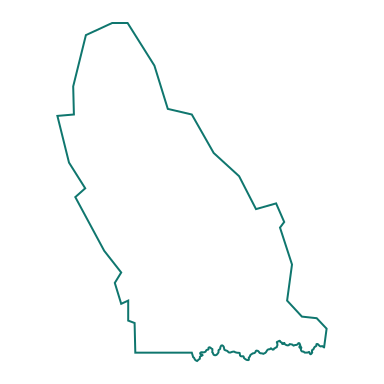 Luakpiny/Nasir, Upper Nile, South Sudan (Robinson projection)
{"feature_id": "79223893B70748738440916", "entity_name": "Luakpiny/Nasir", "entity_type": "district", "adm_level": 2, "iso_a3": "SSD", "parent_name": "South Sudan", "parent_adm1": "Upper Nile", "projection": "robinson", "projection_center": [33.401, 8.901], "detail": "fine", "context": "isolated", "style": "outline", "palette": "teal", "viewbox_px": 384, "rotation_deg": 0, "n_neighbors": 0, "source": "geoboundaries", "source_scale": "gbopen_adm2", "svg_char_len": 3427}
<svg xmlns="http://www.w3.org/2000/svg" viewBox="0 0 384 384"><path d="M193.2,357.2L194.0,357.7L194.3,358.4L194.8,359.3L195.4,360.1L196.4,360.7L197.1,361.0L197.8,360.4L198.7,359.5L199.4,359.1L199.8,358.8L199.9,357.9L199.9,356.9L200.5,356.2L201.2,356.0L202.0,355.6L202.5,355.2L202.3,354.7L201.9,354.5L201.1,354.5L200.6,354.2L200.2,353.7L200.3,352.9L200.9,352.4L201.8,352.2L202.7,352.3L204.0,352.3L205.1,351.9L205.6,351.6L206.2,350.4L206.8,349.9L207.5,349.7L208.0,349.7L208.5,349.1L208.5,348.6L208.6,347.7L209.3,347.3L210.2,347.5L210.8,348.0L211.5,348.6L212.3,349.0L212.4,349.7L212.4,350.6L212.3,351.5L212.3,352.3L212.8,352.8L213.1,353.6L213.5,354.5L214.1,355.0L214.8,355.2L215.7,355.2L216.6,354.8L217.2,354.1L217.8,353.5L218.5,352.3L218.5,351.5L218.5,350.4L218.9,349.8L219.8,349.3L220.2,348.7L220.3,347.4L220.9,346.1L221.4,345.5L222.3,345.4L223.2,346.0L223.8,347.0L224.1,348.4L224.4,349.7L225.2,350.2L226.4,350.6L227.4,351.0L228.1,351.8L228.8,352.4L229.5,352.5L230.4,352.5L232.0,351.9L233.4,351.6L234.4,351.7L235.1,352.2L236.1,352.5L237.0,352.7L238.0,352.8L239.0,352.8L239.6,353.0L239.8,353.9L240.0,355.3L240.6,356.1L241.9,356.4L243.0,356.2L243.5,356.5L243.8,357.1L244.0,358.0L244.9,358.8L245.9,359.5L247.1,360.0L248.2,360.1L248.7,359.9L248.9,359.3L248.8,358.3L248.8,357.7L249.3,357.1L249.9,356.5L250.1,355.6L250.6,354.8L251.3,354.4L252.1,353.8L252.7,353.4L253.5,353.3L254.5,353.0L255.1,352.5L255.5,352.0L255.8,351.1L256.3,350.7L257.0,350.7L257.9,350.9L258.5,351.4L258.8,351.7L259.3,352.5L259.7,352.9L260.7,353.3L261.8,353.3L262.6,353.6L263.5,353.8L264.3,353.3L265.1,353.0L265.9,352.3L266.9,350.7L267.6,349.8L268.5,349.3L269.2,349.3L270.1,349.1L270.7,348.4L271.1,348.4L272.0,349.1L272.6,349.6L273.1,349.6L273.7,349.4L274.1,348.6L274.8,348.3L275.5,347.7L276.3,347.4L276.7,347.2L277.0,346.2L277.4,345.3L277.4,344.1L277.2,343.3L276.9,342.7L276.9,342.1L277.3,341.8L277.9,341.6L278.8,341.1L279.5,340.8L279.9,340.9L280.2,341.7L280.7,342.2L281.3,342.3L281.9,342.7L282.0,343.3L282.2,343.8L282.7,344.0L283.1,344.0L283.3,343.4L283.9,343.0L284.3,343.0L284.5,343.6L284.9,344.2L286.0,344.9L287.1,345.3L288.2,345.3L288.7,345.2L289.3,344.5L289.8,344.1L290.8,344.3L292.0,344.5L292.5,344.7L293.2,345.4L293.7,345.6L294.3,345.3L295.2,345.0L296.0,345.0L296.9,344.7L297.7,344.3L298.3,343.3L298.9,343.1L299.4,343.3L299.8,344.0L300.0,344.7L300.3,345.3L300.0,345.8L299.5,346.4L299.4,346.9L299.4,347.2L299.7,347.6L300.4,347.3L301.0,347.1L301.3,347.6L301.2,348.1L300.8,349.2L301.1,350.4L301.7,351.2L302.2,351.5L303.1,351.5L303.8,351.8L304.4,352.4L304.8,352.6L305.6,352.6L306.3,352.6L307.1,352.6L307.8,352.5L308.6,352.1L309.1,352.0L309.4,352.2L309.7,352.8L309.7,353.3L310.3,354.1L310.7,354.2L311.2,353.9L311.8,353.2L312.2,352.5L312.0,351.9L312.0,351.4L312.0,350.4L312.5,349.7L313.3,349.5L313.8,348.5L314.2,347.6L314.8,346.8L315.7,346.4L316.3,345.8L316.3,345.1L316.6,344.1L317.3,344.0L317.9,344.2L318.5,344.8L319.2,345.5L319.7,346.0L320.5,346.4L321.4,346.3L322.1,346.1L322.7,346.3L323.0,346.7L323.9,347.3L324.1,347.3L326.6,328.7L316.7,318.2L301.9,316.6L287.1,300.6L292.0,264.5L280.0,227.6L284.2,222.0L276.1,203.4L256.0,209.1L239.1,176.2L213.7,153.0L191.8,114.5L167.8,108.9L154.4,65.6L127.6,23.0L112.1,23.0L85.9,35.1L73.2,86.4L73.9,114.5L57.4,115.9L69.0,162.6L85.2,188.3L75.3,197.1L104.2,250.8L121.2,272.5L114.8,282.9L121.2,303.8L128.2,300.6L128.2,320.6L134.6,323.0L135.3,352.7L191.8,352.7L193.2,357.2Z" fill="none" stroke="#0f766e" stroke-width="2"/></svg>